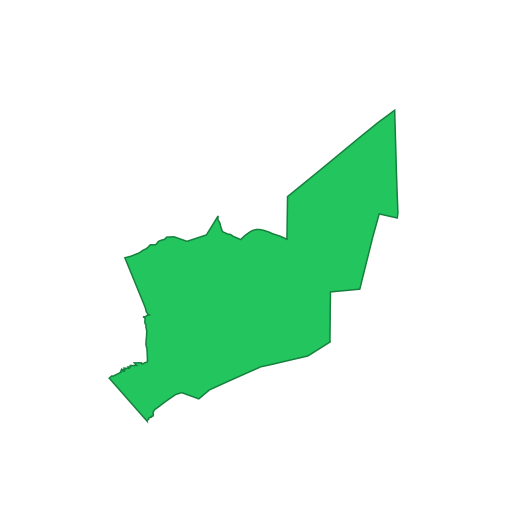 Abasolo, Coahuila, Mexico (Albers equal-area conic projection), rotated 303°
{"feature_id": "50627088B17032469842403", "entity_name": "Abasolo", "entity_type": "district", "adm_level": 2, "iso_a3": "MEX", "parent_name": "Mexico", "parent_adm1": "Coahuila", "projection": "albers", "projection_center": [-101.341, 27.143], "detail": "fine", "context": "isolated", "style": "filled", "palette": "green", "viewbox_px": 512, "rotation_deg": 303, "n_neighbors": 0, "source": "geoboundaries", "source_scale": "gbopen_adm2", "svg_char_len": 2327}
<svg xmlns="http://www.w3.org/2000/svg" viewBox="0 0 512 512"><g transform="rotate(303 256 256)"><path d="M453.8,292.9L434.3,285.6L412.4,278.5L360.3,262.1L323.0,250.1L286.9,272.8L285.8,265.7L283.7,257.6L283.1,253.6L281.7,248.4L280.3,244.9L278.9,242.5L277.7,241.2L275.8,239.4L273.1,237.9L270.9,237.0L268.1,235.9L265.3,235.1L261.4,234.2L260.0,225.7L260.2,224.2L260.0,222.2L259.1,221.0L258.2,214.9L258.9,213.6L260.6,211.4L264.2,207.4L265.6,204.5L266.6,203.7L269.0,202.4L248.6,202.9L248.2,202.9L246.9,202.9L246.4,202.7L230.7,190.1L227.5,176.9L223.3,170.9L219.8,170.1L218.1,168.3L215.1,166.2L211.3,165.9L210.0,164.8L208.7,162.5L207.7,161.2L205.8,160.9L204.8,160.8L201.8,159.7L199.5,158.2L194.9,156.3L187.3,150.9L183.1,147.0L153.5,189.7L152.4,191.2L151.6,192.1L149.8,194.0L149.7,194.2L149.5,194.4L148.3,197.0L148.4,198.5L147.3,197.4L147.2,197.2L144.4,196.0L143.6,194.3L143.5,196.8L142.1,197.6L140.4,198.5L140.1,198.8L139.8,199.0L139.5,199.2L138.9,199.7L138.4,201.0L137.6,201.8L136.8,202.2L136.3,202.5L134.2,204.7L132.0,206.2L131.2,206.6L129.1,207.9L125.7,209.6L121.9,211.8L120.1,213.6L119.9,213.7L119.4,214.5L118.8,215.1L117.0,216.3L116.7,216.6L110.1,221.3L109.6,221.5L109.3,221.7L109.3,221.9L108.5,222.3L108.3,222.5L108.2,222.5L107.4,222.1L106.8,221.6L105.9,220.9L103.5,219.6L103.1,219.3L103.3,219.0L104.1,218.2L100.1,212.2L99.7,213.8L99.1,215.2L99.1,215.3L97.6,213.2L95.7,210.2L94.5,211.1L93.3,209.2L92.7,210.6L90.1,206.5L89.5,208.1L88.8,207.2L88.3,206.2L87.6,208.1L86.9,207.2L87.7,205.0L86.6,205.2L85.0,205.5L84.8,206.1L84.3,205.6L82.6,204.7L78.6,202.3L77.4,201.6L77.3,201.4L76.9,200.4L73.6,199.4L68.6,217.3L60.2,247.3L59.5,249.8L58.2,254.5L58.5,254.2L60.7,254.9L61.2,254.5L61.9,254.4L62.8,255.2L63.3,255.2L63.8,255.5L63.9,256.1L64.3,256.1L64.8,255.8L65.7,256.8L67.2,256.3L67.3,256.3L68.1,255.1L70.9,254.6L71.4,254.7L71.7,254.7L72.5,254.8L73.3,255.3L80.0,257.7L83.9,259.1L86.0,259.9L96.1,264.1L100.9,268.1L101.7,271.4L103.8,280.5L105.0,285.8L105.5,286.0L118.4,289.9L132.9,299.1L142.8,305.5L164.0,319.3L165.4,320.1L174.8,329.4L179.1,333.5L200.5,354.0L223.1,364.4L224.5,365.0L225.3,364.1L247.2,350.2L248.9,349.0L260.5,341.8L266.4,338.0L274.0,347.6L284.7,361.1L335.8,343.5L358.4,336.4L364.8,353.8L369.5,351.5L388.8,337.9L395.8,333.0L396.4,332.6L401.1,329.3L453.8,292.9Z" fill="#22c55e" stroke="#15803d" stroke-width="1.5"/></g></svg>